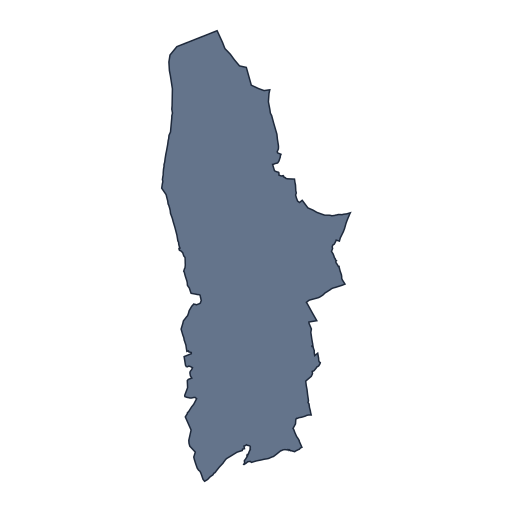 Hægebostad nor, Vest-Agder, Norway
{"feature_id": "86288312B80239267683726", "entity_name": "Hægebostad nor", "entity_type": "district", "adm_level": 2, "iso_a3": "NOR", "parent_name": "Norway", "parent_adm1": "Vest-Agder", "projection": "mercator", "projection_center": [7.226, 58.477], "detail": "fine", "context": "isolated", "style": "filled", "palette": "slate", "viewbox_px": 512, "rotation_deg": 0, "n_neighbors": 0, "source": "geoboundaries", "source_scale": "gbopen_adm2", "svg_char_len": 6003}
<svg xmlns="http://www.w3.org/2000/svg" viewBox="0 0 512 512"><path d="M217.1,30.7L176.9,46.6L170.0,55.0L168.9,62.0L169.4,70.6L170.4,75.8L172.4,88.8L172.1,105.6L171.8,109.2L172.5,113.1L171.8,115.9L171.8,117.7L171.5,120.9L170.5,132.0L169.0,135.3L168.7,138.5L168.2,140.5L167.7,144.4L166.4,151.5L165.9,153.8L165.1,158.7L164.7,162.1L164.0,164.6L164.0,166.6L163.5,169.2L163.2,173.0L163.2,174.8L162.8,176.9L162.4,179.7L162.8,181.0L162.8,181.9L162.3,184.0L161.7,188.2L166.1,194.6L166.2,195.0L167.1,198.7L167.7,200.8L168.1,204.0L168.8,205.3L169.0,206.1L169.6,208.0L170.2,210.5L170.5,213.4L171.1,215.0L172.2,218.0L172.8,220.1L173.0,221.1L174.9,227.4L176.9,235.1L177.8,240.6L178.1,241.5L178.4,241.9L178.6,242.4L178.7,244.0L179.0,245.4L179.3,246.5L180.0,248.1L179.4,248.5L179.0,248.5L179.1,249.2L179.2,249.9L179.8,250.5L180.5,250.6L182.5,252.5L182.8,252.9L183.0,253.6L183.8,256.0L185.0,257.4L185.1,258.3L185.2,261.9L185.2,262.8L185.3,265.0L185.0,267.8L184.5,268.7L183.7,271.3L184.3,272.2L184.9,274.7L185.5,276.8L186.5,279.8L186.9,281.1L187.3,283.0L187.3,284.1L187.5,285.5L189.3,288.0L190.6,292.0L191.1,293.3L196.0,294.2L197.1,294.5L199.2,294.7L200.0,295.1L200.2,295.6L200.4,296.8L200.4,297.1L200.7,297.8L201.0,299.6L201.3,300.3L200.3,303.1L199.1,303.8L196.4,304.8L195.4,304.4L194.1,304.2L193.8,304.0L191.7,306.3L189.2,310.6L188.4,313.5L187.5,315.9L186.8,316.5L183.4,320.9L182.8,323.5L181.1,329.1L182.8,335.0L183.8,337.7L184.2,340.2L184.4,340.6L185.9,345.1L186.4,348.7L186.9,351.4L188.4,350.9L188.8,351.9L191.3,352.5L191.3,353.7L184.1,356.6L185.5,365.2L186.3,366.6L187.5,366.8L188.7,366.1L190.3,366.5L192.5,367.7L192.4,368.0L191.6,369.7L190.2,371.5L189.9,372.9L190.4,375.8L191.8,378.1L188.3,379.4L187.3,380.6L187.6,387.7L184.8,395.1L184.7,395.5L184.9,396.6L187.1,397.4L189.4,397.8L189.8,398.0L191.5,398.0L193.6,397.5L195.1,397.4L196.6,398.7L193.7,404.3L191.6,406.9L188.7,411.5L187.7,412.5L187.4,412.8L187.4,413.1L187.3,413.7L185.3,416.9L191.1,430.0L188.8,440.3L189.0,443.3L189.8,446.2L195.3,452.1L194.1,456.0L193.9,456.5L193.8,457.2L194.3,459.3L195.5,463.2L197.2,468.1L198.6,470.2L199.8,471.1L200.6,472.5L201.3,474.3L201.9,476.0L203.0,479.3L204.6,481.3L207.1,479.8L208.0,479.1L209.8,477.1L211.5,475.8L212.8,475.0L213.9,473.2L214.8,472.8L215.1,472.4L215.5,472.1L215.6,471.8L219.3,467.1L223.0,463.2L224.1,461.5L224.7,460.8L225.3,459.9L226.5,458.6L230.7,456.1L237.0,452.2L242.3,450.5L242.5,449.2L244.5,448.7L244.0,446.3L244.0,446.0L245.4,445.6L246.5,444.7L247.0,445.1L247.3,445.3L249.3,445.7L249.8,446.0L250.0,446.2L250.3,446.7L250.4,447.0L250.3,447.4L250.0,448.0L250.3,448.7L250.2,448.9L250.4,449.3L250.1,449.9L249.8,450.0L249.7,450.3L249.8,450.5L249.2,451.6L248.9,452.3L248.7,453.3L248.4,453.5L248.2,454.1L248.1,454.6L247.2,454.6L246.9,455.8L247.4,456.1L247.3,456.3L246.3,457.9L245.5,459.2L244.6,460.3L244.3,460.9L244.3,461.1L244.5,461.6L244.6,461.8L244.6,462.3L244.4,463.2L243.7,464.4L244.0,464.5L246.2,463.1L246.5,462.8L247.0,462.4L247.8,461.7L249.0,461.6L250.3,461.4L251.4,462.4L256.4,460.9L261.0,460.0L264.3,459.2L267.0,458.8L268.5,458.5L271.9,457.0L273.5,456.5L277.0,453.8L280.9,450.6L281.4,450.7L282.8,449.9L284.8,449.6L286.7,449.8L287.3,450.0L287.9,449.5L288.1,449.6L288.1,449.8L288.3,449.9L288.7,449.8L289.0,450.4L289.5,450.0L289.6,450.3L290.0,450.2L290.7,450.8L291.2,450.7L294.7,451.7L295.4,451.1L298.4,449.6L299.3,449.3L300.3,448.1L301.6,447.4L301.9,447.3L299.8,442.5L299.4,441.7L299.2,440.5L298.0,438.5L296.6,436.5L295.0,432.9L294.9,432.7L293.7,429.4L293.0,428.5L295.5,423.9L295.8,419.5L296.2,418.9L296.2,418.7L296.6,418.3L297.4,418.4L298.8,417.7L301.7,417.2L305.3,416.1L306.9,415.3L307.6,415.2L308.6,415.0L311.2,415.0L310.6,412.5L310.3,410.6L309.5,407.6L309.0,403.9L308.0,402.5L308.5,400.7L308.4,400.4L308.3,399.4L307.6,394.7L307.0,389.4L306.3,385.8L305.7,381.2L306.2,380.7L311.3,376.3L312.5,373.7L312.2,371.4L313.5,371.0L314.1,370.6L316.1,368.2L316.8,367.0L317.7,366.6L318.8,365.8L320.0,363.7L320.3,362.6L319.3,361.9L319.1,361.6L318.7,360.1L318.6,357.9L318.4,357.3L318.3,356.5L317.7,353.2L314.7,355.6L314.2,352.4L314.3,350.9L314.2,350.3L313.9,349.7L313.3,347.8L313.1,346.7L312.0,346.5L312.0,345.9L312.9,345.6L312.6,343.4L312.5,343.1L311.7,338.5L311.3,335.6L310.8,332.4L311.4,329.0L309.0,323.3L308.9,322.0L316.8,320.7L312.4,313.0L307.9,304.8L306.4,302.3L308.0,301.1L308.4,300.7L309.4,300.1L318.3,297.7L319.8,297.0L322.8,295.1L325.2,292.8L327.1,291.7L331.9,288.5L333.2,288.0L333.7,287.8L335.1,287.5L342.0,285.3L345.0,284.1L342.4,280.0L342.0,279.1L341.7,278.4L341.7,276.6L341.4,274.7L340.1,271.0L339.3,267.8L339.0,267.2L339.1,266.4L338.3,266.3L336.9,263.9L336.1,262.8L335.8,262.0L335.9,261.0L336.4,260.7L335.8,260.1L335.3,259.4L335.3,258.9L334.6,257.9L334.2,257.2L334.1,256.5L333.1,253.9L331.5,251.4L332.6,248.5L332.2,246.9L332.4,246.1L333.0,244.9L334.3,244.1L334.4,243.9L334.7,243.3L335.3,242.2L335.7,241.3L336.1,240.6L336.2,240.1L339.4,241.1L340.3,237.9L343.4,231.6L344.6,228.4L345.9,223.7L346.6,221.7L346.7,221.4L347.4,219.6L348.5,216.9L348.9,216.1L349.4,214.7L350.3,212.8L346.6,213.9L343.8,214.2L341.8,214.7L341.4,214.6L338.7,214.5L337.9,214.6L336.6,215.0L335.6,215.1L334.9,215.4L331.7,215.8L331.3,215.6L330.6,215.4L329.1,215.2L324.8,215.2L316.9,212.4L313.0,210.1L307.9,207.9L302.6,200.8L302.2,200.3L299.5,202.5L297.6,201.1L296.4,197.9L295.6,195.0L296.3,193.0L296.0,191.6L295.8,191.0L295.5,185.0L294.9,182.2L294.5,179.1L287.4,178.8L286.4,178.5L286.1,178.5L285.3,178.0L285.2,177.6L283.6,176.9L283.4,176.6L283.7,176.4L283.6,176.1L283.2,175.6L281.3,176.0L278.9,175.1L279.0,174.1L278.8,172.5L278.4,172.2L277.1,171.9L275.2,171.2L274.4,170.5L272.6,164.4L273.8,164.2L274.6,163.7L277.6,163.0L278.9,161.1L280.3,157.0L280.3,155.9L281.0,154.3L277.6,152.9L277.2,151.7L278.4,148.9L278.5,146.9L278.4,145.4L277.4,139.1L276.9,134.2L273.5,122.5L271.7,115.7L270.5,113.4L270.3,112.7L269.9,109.7L268.4,101.8L269.0,93.4L269.8,89.8L264.1,90.6L258.6,88.6L251.3,85.2L246.8,69.1L246.3,67.4L239.5,65.9L234.3,59.7L230.3,54.2L225.0,48.7L224.5,47.6L222.6,42.6L217.1,30.7Z" fill="#64748b" stroke="#1e293b" stroke-width="1.5"/></svg>